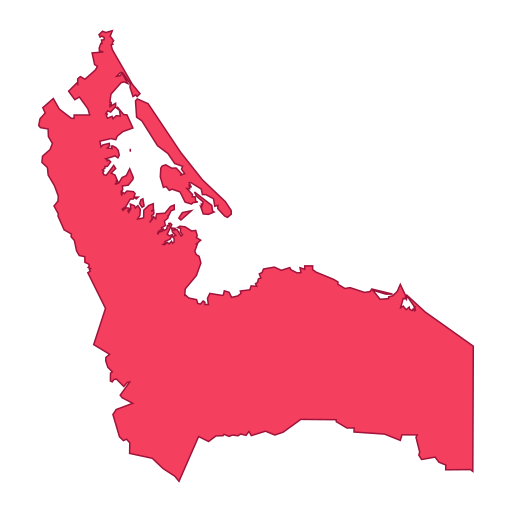 the district of Western Bay of Plenty District, Bay of Plenty, New Zealand
{"feature_id": "76426892B94819834972279", "entity_name": "Western Bay of Plenty District", "entity_type": "district", "adm_level": 2, "iso_a3": "NZL", "parent_name": "New Zealand", "parent_adm1": "Bay of Plenty", "projection": "orthographic", "projection_center": [176.081, -37.7], "detail": "fine", "context": "isolated", "style": "filled", "palette": "rose", "viewbox_px": 512, "rotation_deg": 0, "n_neighbors": 0, "source": "geoboundaries", "source_scale": "gbopen_adm2", "svg_char_len": 6028}
<svg xmlns="http://www.w3.org/2000/svg" viewBox="0 0 512 512"><path d="M41.9,162.4L47.4,167.5L48.2,175.1L54.5,185.8L58.3,196.2L57.9,201.2L54.0,206.0L58.3,213.8L58.0,216.0L64.1,229.8L71.4,234.0L71.1,236.8L74.4,240.5L76.5,250.7L79.2,255.5L84.8,256.7L84.9,262.3L88.7,264.1L89.3,265.8L88.1,267.5L90.5,268.6L89.4,269.3L90.2,271.2L87.8,272.7L105.5,308.4L93.7,344.6L109.6,354.3L105.9,357.4L105.7,360.8L107.9,367.4L112.3,371.8L110.5,373.2L110.4,381.0L112.2,381.9L114.0,379.4L116.6,379.2L123.8,386.5L127.4,382.3L129.7,382.0L120.2,395.2L122.2,397.8L132.7,403.3L116.2,409.5L112.9,414.5L119.5,436.8L123.4,440.6L126.6,439.2L129.8,442.9L129.6,453.4L152.3,458.3L163.0,468.5L174.8,476.2L179.0,481.3L198.6,436.5L208.6,441.5L216.0,435.9L223.0,435.7L224.0,434.3L229.1,436.4L232.5,435.0L237.9,435.8L240.8,434.0L246.0,435.4L249.0,431.5L251.3,435.6L265.5,431.2L274.8,435.0L283.1,432.2L300.8,419.4L336.1,419.7L336.3,421.7L346.9,428.0L354.1,428.0L354.0,432.0L384.6,434.1L400.3,440.4L402.0,434.8L417.1,434.9L416.0,437.4L419.7,452.1L418.8,455.1L421.6,459.5L435.1,457.1L439.0,462.3L445.8,465.0L445.7,469.8L470.5,469.6L472.8,471.4L473.3,346.2L425.3,312.1L406.2,294.6L414.4,306.8L416.0,306.9L414.3,307.2L415.5,310.0L414.7,310.8L413.2,308.9L412.3,310.6L409.8,309.4L409.2,307.1L406.2,309.7L403.2,306.1L400.6,307.7L403.2,298.5L404.9,298.9L405.4,297.3L406.5,299.2L406.7,298.0L400.3,284.4L397.3,291.4L392.7,295.8L388.7,296.8L388.5,298.6L380.1,299.3L372.8,290.2L385.7,294.1L392.6,294.1L371.8,289.0L370.0,291.6L364.5,292.4L350.0,287.6L345.0,288.5L337.9,284.3L338.0,282.0L333.7,279.4L316.0,272.1L312.6,269.6L312.7,265.9L304.7,265.9L304.7,269.3L300.0,267.7L301.0,272.6L297.1,272.9L290.8,269.7L289.8,267.6L281.3,270.3L274.4,267.1L263.5,269.0L262.1,272.5L259.3,273.9L260.9,278.1L258.5,278.8L257.4,282.6L255.5,283.6L256.7,286.3L251.1,285.9L249.9,289.8L240.3,291.0L241.0,293.4L237.7,296.0L231.6,297.3L229.1,292.3L224.3,290.8L223.4,294.9L222.1,295.4L209.8,293.4L207.5,298.3L208.4,304.5L204.9,304.5L204.9,302.2L203.1,301.0L200.4,304.1L197.7,303.4L196.6,299.6L188.7,298.0L185.4,294.9L184.6,296.1L185.3,288.8L196.4,275.5L200.9,263.0L199.1,256.3L196.2,254.5L194.8,251.2L197.5,243.7L196.6,243.7L200.7,240.2L196.4,237.6L197.2,235.5L195.7,230.4L191.7,231.0L185.1,226.8L179.8,226.2L177.7,227.6L180.7,228.4L180.3,231.7L182.5,234.8L181.0,236.0L177.1,229.7L173.9,230.0L175.2,228.4L171.6,228.0L172.4,231.8L175.7,235.5L172.2,236.5L174.1,238.3L174.1,241.9L172.6,243.2L171.5,241.3L169.1,244.0L167.4,242.4L164.3,244.8L163.0,244.4L165.9,242.7L165.0,241.5L170.2,239.1L172.4,234.6L169.3,235.8L167.2,234.2L171.8,224.7L170.4,223.2L168.2,223.6L169.4,223.9L169.0,225.8L167.4,225.5L166.7,229.0L164.2,230.5L163.2,229.0L162.1,231.4L159.0,232.0L158.1,233.9L157.5,233.4L158.8,231.1L162.1,229.4L161.4,227.9L165.3,225.5L164.5,221.0L167.9,218.1L168.2,215.0L168.1,216.7L171.1,210.7L174.3,209.6L174.2,205.0L170.5,206.5L165.0,213.2L156.7,213.8L155.6,218.7L153.5,216.6L152.4,219.1L149.6,222.6L152.2,218.7L151.7,215.5L153.9,213.8L153.7,210.2L151.1,211.4L153.4,209.6L153.3,203.7L148.7,205.5L143.8,210.2L143.6,217.9L137.6,219.0L139.9,215.3L140.3,209.4L137.9,205.6L135.3,208.0L134.4,205.7L130.3,204.1L130.8,209.0L128.7,212.4L127.8,210.7L129.5,209.3L128.9,208.1L126.0,207.8L123.0,210.4L122.2,209.2L125.8,206.6L130.3,199.1L133.3,199.0L133.9,197.3L136.3,198.9L138.2,197.1L133.9,197.2L135.1,193.6L133.4,191.6L127.0,191.0L124.3,193.6L121.7,191.5L122.2,193.9L121.6,195.0L121.5,194.9L121.1,191.7L122.8,189.6L122.3,186.0L128.2,185.2L132.8,179.5L133.3,177.5L129.7,168.8L126.3,175.6L122.1,177.5L118.7,183.1L114.9,184.3L117.1,182.2L115.9,180.7L117.8,181.5L115.0,175.1L111.1,173.1L115.7,168.5L113.7,165.4L106.3,175.3L103.9,174.8L102.8,172.3L103.9,171.1L102.5,170.1L105.0,168.1L104.9,166.5L107.3,166.4L110.7,161.9L108.9,160.0L106.7,161.2L107.8,160.0L105.7,158.8L115.2,155.9L117.9,157.9L119.3,155.2L118.2,150.3L115.8,147.5L112.6,145.9L111.4,146.1L112.0,148.6L107.3,148.0L109.5,145.8L109.3,143.4L103.1,144.8L101.0,146.9L99.9,141.2L110.9,138.6L115.8,139.7L117.2,136.2L122.8,131.6L132.9,128.0L127.0,114.9L123.6,114.5L117.6,107.3L116.5,107.9L119.5,110.3L120.3,116.0L116.2,115.7L113.0,118.7L112.1,116.3L107.5,118.2L106.4,116.1L107.3,114.1L105.7,113.8L107.7,110.9L110.6,112.1L115.7,106.4L115.6,103.3L110.0,106.7L109.9,104.7L111.4,104.3L111.0,102.3L109.8,102.4L111.0,94.1L121.2,82.6L124.2,81.9L127.9,83.6L122.0,73.0L120.1,75.8L116.7,76.3L120.5,72.4L122.6,72.7L130.5,84.1L129.9,87.0L133.0,96.6L135.8,94.8L137.1,96.6L140.0,93.7L132.3,84.3L112.4,49.8L111.1,44.9L112.9,44.3L112.2,42.7L113.7,40.7L110.2,36.2L112.3,30.7L105.8,32.5L102.5,31.2L99.0,34.7L100.1,37.1L101.7,36.1L104.2,37.5L104.1,39.7L101.5,40.0L102.0,43.5L100.8,43.5L99.2,48.0L99.4,50.9L103.4,52.0L92.1,52.9L94.6,64.6L97.4,66.2L95.5,69.9L85.0,79.2L80.4,76.6L77.7,78.8L77.7,84.3L76.6,83.2L68.6,91.2L74.8,99.7L79.4,97.0L87.9,108.8L89.7,115.0L74.1,115.0L74.1,118.4L71.3,118.3L59.3,109.1L53.3,98.5L42.8,107.7L45.2,113.0L40.0,118.8L38.7,125.5L40.4,127.6L48.1,129.0L48.4,136.6L52.4,143.5L50.0,149.6L42.5,156.2L41.9,162.4ZM180.7,152.4L148.1,103.7L137.3,98.9L135.5,100.9L136.6,117.2L141.8,120.8L157.5,145.7L167.9,153.5L174.7,163.5L182.6,166.3L181.5,169.2L184.7,173.6L180.1,175.4L181.7,174.0L176.1,168.0L171.8,168.2L165.7,164.8L162.2,166.0L160.8,168.1L160.3,176.9L163.4,187.4L166.1,186.5L169.3,190.4L172.1,189.2L180.1,192.0L185.1,202.1L191.5,204.1L193.1,202.6L197.0,202.2L197.2,201.9L195.7,201.1L195.2,196.9L192.3,196.7L192.5,194.5L186.9,188.5L189.7,188.8L189.2,185.6L191.4,187.4L189.2,182.7L190.9,182.6L201.2,189.0L202.4,194.6L205.8,194.6L213.5,198.7L214.8,206.3L217.8,205.3L217.8,208.7L224.6,216.0L227.5,217.4L231.3,214.1L231.2,210.5L225.3,201.6L202.4,179.8L180.7,152.4ZM211.8,205.4L194.5,192.0L196.5,196.2L203.1,201.9L202.3,205.0L201.4,204.2L201.5,207.2L200.7,206.6L203.2,213.9L208.4,214.4L214.1,212.0L212.6,211.1L211.8,205.4ZM191.4,210.7L182.3,212.6L178.8,218.1L180.9,220.0L191.4,210.7ZM142.9,198.8L140.9,199.8L139.6,203.6L142.1,207.3L144.1,205.9L142.9,198.8ZM130.4,151.7L130.3,150.6L130.3,148.8L130.2,150.6L130.4,151.7Z" fill="#f43f5e" stroke="#9f1239" stroke-width="1.5"/></svg>